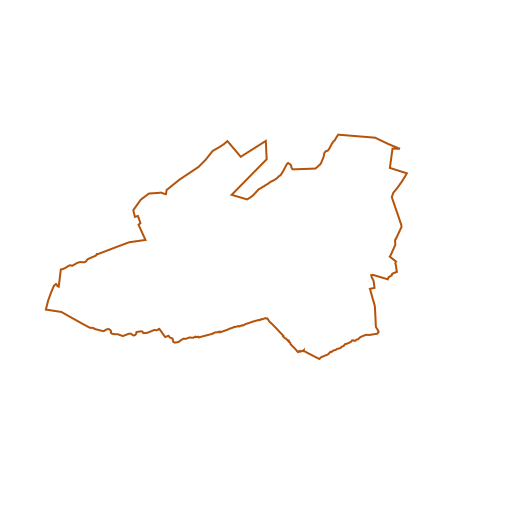 Santa Catarina, Nuevo León, Mexico (Natural Earth projection), rotated 129°
{"feature_id": "50627088B93737583284757", "entity_name": "Santa Catarina", "entity_type": "district", "adm_level": 2, "iso_a3": "MEX", "parent_name": "Mexico", "parent_adm1": "Nuevo León", "projection": "natural_earth1", "projection_center": [-100.468, 25.582], "detail": "fine", "context": "isolated", "style": "outline", "palette": "amber", "viewbox_px": 512, "rotation_deg": 129, "n_neighbors": 0, "source": "geoboundaries", "source_scale": "gbopen_adm2", "svg_char_len": 5896}
<svg xmlns="http://www.w3.org/2000/svg" viewBox="0 0 512 512"><g transform="rotate(129 256 256)"><path d="M174.1,308.6L160.4,320.8L188.5,330.3L187.3,336.5L184.7,350.5L189.1,351.3L193.9,352.8L201.6,355.8L212.8,355.7L222.9,356.7L244.7,363.5L261.0,367.0L264.6,364.9L265.5,366.6L266.4,369.6L269.0,372.2L274.8,378.5L284.7,381.0L297.6,380.2L301.8,374.8L299.2,372.9L303.2,366.5L305.6,367.0L313.1,352.0L325.1,363.2L338.7,371.2L354.6,380.4L354.4,380.6L354.7,381.0L356.3,380.6L363.0,384.1L364.8,384.9L366.8,384.7L367.9,384.9L369.1,385.6L371.4,388.9L372.8,389.9L373.9,390.6L379.3,392.7L380.1,394.6L382.2,395.7L384.3,396.3L387.4,397.7L389.3,399.2L404.0,390.0L404.1,390.3L404.2,390.6L404.3,391.0L404.3,391.3L404.2,391.7L403.9,392.4L403.8,392.8L403.6,393.3L403.6,393.8L406.4,394.3L414.8,391.8L421.6,389.4L429.9,385.6L422.0,372.1L417.9,348.2L416.5,340.8L416.3,340.2L415.9,339.2L414.7,337.9L414.1,336.0L414.3,335.6L413.8,334.4L413.3,333.4L410.7,327.7L410.5,327.4L409.9,326.9L407.4,326.1L406.0,325.1L405.3,324.0L405.3,322.9L405.6,321.4L406.1,321.0L407.0,320.5L407.0,319.1L406.2,317.3L404.5,315.1L403.7,314.0L403.3,312.7L402.0,309.1L396.8,306.1L396.0,305.5L395.1,304.2L395.0,301.6L394.5,300.8L393.6,300.2L391.8,300.2L390.4,301.0L389.0,299.9L386.7,297.7L386.3,297.2L386.3,296.4L386.8,295.2L386.7,294.8L384.2,292.2L380.2,290.0L377.4,288.4L376.4,286.6L374.9,285.7L374.0,285.7L373.5,285.4L373.5,285.2L375.9,276.6L376.0,276.0L376.1,275.5L373.5,274.1L373.1,273.8L373.1,273.5L373.5,272.2L373.5,271.5L373.4,271.1L372.9,269.8L372.8,268.8L373.9,267.2L374.8,266.3L374.4,264.5L373.8,264.0L373.2,263.4L372.0,262.5L371.2,261.9L370.0,261.8L368.0,261.1L365.7,260.2L364.9,258.7L361.2,256.4L360.6,255.7L360.3,255.0L359.1,253.4L358.1,252.9L356.7,252.3L356.6,252.1L356.7,251.8L356.8,251.6L356.2,251.0L355.0,250.0L355.0,249.6L355.2,249.2L354.5,248.7L343.5,240.6L343.0,240.7L342.7,240.5L342.4,240.5L341.6,239.9L340.7,239.2L339.3,237.7L339.1,237.6L338.7,237.5L338.2,237.2L337.5,236.4L337.9,235.9L335.5,234.4L331.3,231.8L329.0,230.7L326.1,228.8L325.1,228.4L324.5,227.9L323.5,226.9L321.6,225.7L321.4,225.4L321.5,224.9L321.4,224.7L318.5,223.2L318.3,222.7L318.3,222.4L317.1,221.9L316.5,221.7L316.0,221.5L315.1,221.0L311.2,218.5L310.0,217.8L309.0,217.2L308.2,216.6L306.9,215.7L303.9,213.5L303.8,213.1L303.3,212.6L303.2,212.6L302.6,212.5L302.5,212.4L302.4,212.4L301.8,212.2L301.6,212.0L301.4,211.7L301.3,211.3L301.2,211.2L299.1,210.1L298.8,209.8L298.2,209.4L298.2,208.9L298.2,208.7L297.9,208.3L297.4,207.9L298.3,205.0L298.6,203.9L298.7,201.2L299.6,193.4L300.1,190.2L300.2,189.3L300.4,187.5L300.7,185.4L300.7,184.8L301.3,184.7L301.7,182.2L301.7,181.9L301.6,181.3L301.5,181.0L301.5,180.0L301.4,180.0L301.8,177.3L301.6,177.4L301.4,177.5L301.1,177.5L301.0,177.4L301.4,176.8L301.8,176.2L301.9,174.9L302.4,174.1L302.7,173.8L302.9,173.4L302.8,172.8L303.0,172.1L303.3,168.5L303.5,167.2L303.6,166.6L303.7,166.1L303.9,165.2L304.3,162.8L303.9,162.6L303.7,162.6L303.7,162.9L303.4,162.9L303.3,162.7L303.2,162.2L302.8,162.0L302.6,162.1L302.4,162.1L302.2,162.1L302.3,161.4L302.3,161.2L301.8,161.0L301.3,160.8L300.8,160.4L300.6,160.3L300.3,160.1L299.9,159.9L300.0,159.6L299.9,159.6L299.5,159.5L299.3,159.5L299.7,159.2L299.6,158.8L298.8,154.5L296.2,142.0L295.2,141.9L293.8,141.7L293.2,141.5L292.7,141.2L292.4,140.9L291.8,140.6L291.3,140.5L289.7,139.5L287.7,138.4L287.1,138.2L286.3,137.9L285.7,138.0L285.3,138.0L285.0,137.9L284.9,137.9L284.7,137.8L284.3,137.8L283.7,137.9L283.5,137.6L283.3,137.3L283.1,137.0L282.8,136.8L282.4,136.8L281.8,136.8L281.4,136.6L280.7,136.3L279.6,135.5L278.4,134.8L277.6,134.7L276.8,134.2L274.7,132.7L274.1,132.4L273.4,132.4L272.8,132.3L271.9,132.0L270.9,131.3L268.6,131.3L268.2,131.2L267.7,130.7L267.2,130.3L264.2,128.7L262.6,128.1L261.4,128.3L260.4,127.6L260.4,127.0L260.2,126.5L259.6,125.6L257.8,125.2L256.4,124.3L253.3,123.8L250.5,122.4L248.1,120.9L245.7,117.9L240.0,112.8L239.6,112.8L238.5,113.1L237.9,112.9L237.6,113.3L237.4,113.5L237.2,113.9L237.1,114.2L236.1,117.0L235.8,117.8L235.7,118.0L235.4,118.4L235.0,118.8L234.0,119.7L232.0,121.4L231.1,122.3L227.9,125.1L220.7,131.6L220.3,132.1L219.7,132.7L216.6,137.2L216.2,137.8L210.1,146.3L209.8,146.8L206.2,143.8L204.8,145.3L202.0,148.2L201.3,149.1L201.0,149.7L200.6,150.6L200.0,152.1L199.8,152.5L199.3,153.3L198.4,154.3L198.3,154.1L197.8,153.7L197.7,153.6L197.2,153.5L191.2,139.0L190.8,139.3L190.6,139.3L190.3,139.2L190.2,139.2L189.6,139.3L189.4,139.5L188.8,139.6L185.7,138.3L184.7,139.0L184.3,138.8L183.3,138.4L183.0,138.4L182.8,138.3L182.7,138.4L181.8,137.7L181.6,137.5L181.5,137.4L180.9,137.4L180.6,137.2L180.0,136.7L179.7,136.5L174.3,142.5L174.3,142.8L174.2,142.9L174.1,143.0L173.6,143.3L173.2,143.5L172.6,143.7L172.4,143.7L172.2,143.7L172.2,143.8L172.3,151.6L171.9,151.6L170.6,151.9L168.1,152.5L166.7,152.9L164.4,153.5L160.3,154.6L159.7,154.8L159.5,155.0L159.2,155.2L158.2,156.0L157.1,157.1L156.4,157.7L156.1,157.8L155.6,158.0L155.4,158.1L155.3,157.9L141.9,161.2L140.5,162.5L124.8,187.5L120.4,189.1L114.1,189.0L106.3,189.5L99.2,190.4L96.8,190.8L103.3,207.4L86.6,217.5L82.1,211.6L85.7,223.6L89.1,237.9L110.0,268.5L113.0,268.2L114.9,267.9L116.6,267.6L117.0,267.7L117.6,267.8L118.5,268.0L119.2,267.9L119.7,267.7L121.1,267.7L122.7,267.4L125.8,266.7L128.4,266.5L129.4,266.7L130.2,267.5L131.4,267.7L132.6,267.8L133.7,267.3L134.4,266.9L135.9,266.1L137.6,265.4L139.4,265.0L141.3,264.4L142.6,263.9L145.0,263.8L146.0,264.1L148.4,264.4L150.7,264.9L165.5,281.9L165.4,283.0L165.0,283.9L164.5,284.6L164.0,285.3L163.4,286.0L163.3,287.0L163.4,288.1L163.5,289.6L164.8,289.8L165.4,289.8L166.8,289.5L167.9,289.3L169.4,289.0L170.7,288.8L172.4,288.4L174.4,288.1L175.7,288.0L176.6,287.8L178.0,287.8L179.0,288.2L179.7,288.4L181.4,288.5L182.7,288.8L184.4,289.2L186.3,290.0L187.7,290.7L189.6,291.5L190.9,291.8L192.6,292.2L194.7,293.1L196.6,293.6L198.4,294.4L200.5,295.0L202.3,295.9L210.6,296.4L213.5,297.1L217.6,298.5L223.8,313.4L174.1,308.6Z" fill="none" stroke="#b45309" stroke-width="2"/></g></svg>